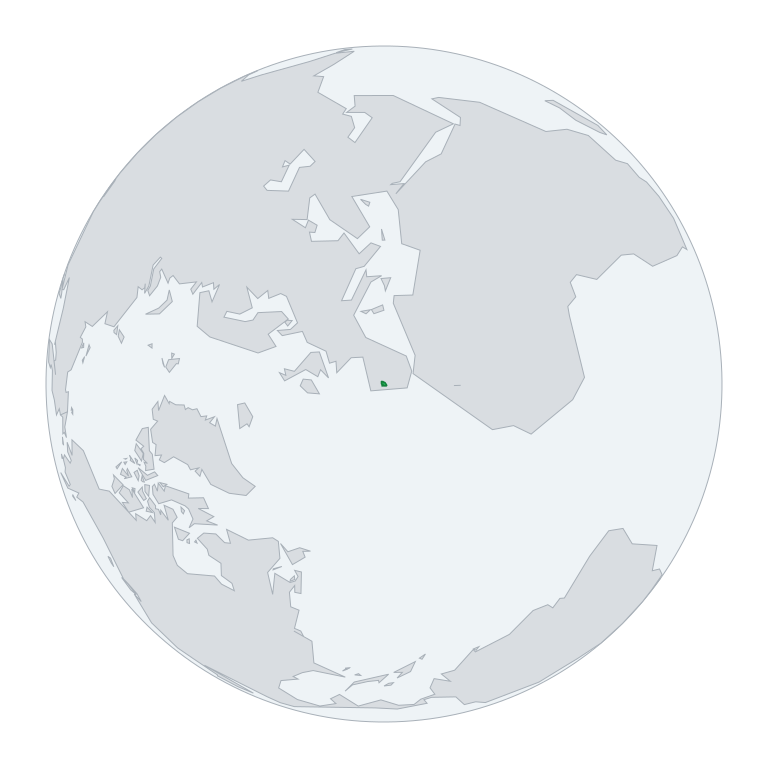 the Earth from above Viseu, rotated 268°
{"feature_id": "PRT-755", "entity_name": "Viseu", "entity_type": "District", "adm_level": 1, "iso_a3": "PRT", "parent_name": "Portugal", "parent_adm1": "", "projection": "orthographic", "projection_center": [-7.901, 40.768], "detail": "fine", "context": "on_globe", "style": "filled", "palette": "green", "viewbox_px": 768, "rotation_deg": 268, "n_neighbors": 0, "source": "natural_earth", "source_scale": "10m", "svg_char_len": 10904}
<svg xmlns="http://www.w3.org/2000/svg" viewBox="0 0 768 768"><g transform="rotate(268 384 384)"><circle cx="384" cy="384" r="338" fill="#eef3f6" stroke="#a8b0b8"/><path d="M117.4,591.7L102.5,567.2L95.2,554.1L80.6,528.3L62.1,474.2L63.2,464.5L60.8,453.1L68.8,444.9L69.2,420.6L67.1,412.9L63.4,415.9L58.7,385.9L60.6,363.9L64.7,283.2L69.1,269.3L75.6,256.2L109.2,194.7L79.6,242.7L86.6,227.5L98.2,207.3L99.1,207.4L116.8,183.0L127.5,168.5L153.4,143.4L182.9,127.0L175.0,133.8L183.0,129.8L193.4,121.3L198.3,116.9L240.0,97.9L276.6,79.1L281.7,73.0L285.7,75.2L291.0,64.4L306.8,57.8L292.9,65.7L294.5,67.0L307.2,62.2L311.6,62.7L320.2,60.9L324.3,62.2L315.9,67.6L318.4,68.8L327.2,65.5L336.9,65.3L323.5,69.8L339.1,70.2L327.9,81.2L288.9,95.7L286.5,105.7L256.4,131.6L263.0,131.3L255.7,142.1L260.6,146.1L253.6,150.5L263.5,150.0L269.0,145.2L275.1,143.6L278.5,145.8L270.2,151.5L267.3,151.3L266.6,154.2L261.0,156.3L265.7,156.5L255.3,163.7L270.5,160.0L266.2,168.7L258.0,172.6L252.6,167.6L220.0,167.2L210.0,171.1L201.3,180.9L198.0,207.9L189.6,214.7L182.6,227.2L190.1,225.1L198.2,214.8L210.5,214.8L218.9,203.0L225.1,201.6L236.3,192.1L241.3,198.7L240.0,210.7L231.0,219.2L230.2,225.0L244.2,221.6L232.7,243.0L234.2,267.4L230.4,272.9L213.4,273.9L199.7,261.1L177.6,265.4L198.6,268.3L188.9,283.2L190.2,288.4L194.6,291.4L200.9,288.2L199.0,294.9L177.5,293.7L178.9,287.6L185.7,287.7L179.2,282.2L164.6,283.0L160.9,291.2L142.9,286.0L140.0,292.2L134.4,294.9L140.3,285.3L129.4,303.0L107.7,304.2L92.4,335.1L100.1,303.2L98.4,292.4L94.9,283.0L92.1,287.8L91.2,270.7L83.9,268.1L71.7,286.4L64.4,308.7L66.3,324.8L71.3,319.6L75.3,328.7L63.0,347.0L68.4,369.9L62.4,387.4L62.7,402.9L67.7,409.7L72.2,424.0L78.7,419.4L87.8,423.8L84.6,439.9L92.2,431.2L95.5,444.6L115.5,463.9L113.1,466.0L129.4,500.6L152.4,525.1L157.7,540.0L154.4,544.9L163.6,552.3L163.8,556.8L204.8,583.6L229.5,603.5L231.3,617.8L215.6,626.5L213.1,651.2L188.0,645.6L189.5,652.9L183.7,655.3L167.5,643.2L180.4,653.7L180.1,653.5L157.4,634.7L136.5,614.1L117.4,591.7ZM87.2,343.9L93.8,378.5L85.6,368.6L88.0,368.2L87.2,357.2L84.4,342.0L78.4,334.4L87.2,343.9ZM100.2,337.2L98.6,332.5L100.8,336.0L100.2,337.2ZM199.8,115.0L193.1,121.2L182.1,129.1L187.1,123.7L199.8,115.0ZM221.4,102.1L219.5,104.6L210.8,107.6L214.6,105.2L221.4,102.1ZM284.4,69.0L278.2,72.0L282.7,69.0L284.4,69.0ZM320.7,60.5L321.0,59.6L325.4,59.2L320.7,60.5ZM232.8,189.2L234.5,190.6L231.5,191.6L232.8,189.2ZM236.1,183.9L231.4,184.1L232.3,181.6L235.1,181.6L236.1,183.9ZM335.6,60.9L342.4,60.8L334.0,61.7L335.6,60.9ZM241.6,184.4L234.4,177.3L236.0,173.1L248.2,169.6L241.6,184.4ZM345.4,61.3L362.1,61.8L364.4,59.6L367.3,66.7L352.2,63.5L341.5,64.8L346.8,62.8L345.4,61.3ZM269.2,142.9L263.6,148.0L265.2,141.9L269.2,142.9ZM268.7,139.4L264.8,124.4L274.8,118.4L274.1,124.4L284.5,115.6L291.4,120.0L287.2,125.8L279.3,128.7L287.9,128.3L268.7,139.4ZM366.3,70.9L369.1,72.1L364.6,71.9L366.3,70.9ZM277.7,142.5L276.0,139.8L284.6,134.3L289.5,138.8L285.1,139.1L277.7,142.5ZM284.0,111.4L291.2,108.5L298.7,111.2L302.5,110.5L292.4,119.7L284.0,111.4ZM284.9,141.4L291.8,141.4L290.8,146.1L279.9,144.9L284.9,141.4ZM284.7,131.1L289.0,128.8L288.2,131.5L284.7,131.1ZM291.3,163.5L289.0,159.8L293.3,156.6L291.3,163.5ZM294.4,141.1L294.7,139.5L296.1,138.0L300.4,139.0L294.4,141.1ZM298.4,121.1L300.0,123.0L302.9,117.5L308.7,119.6L300.8,125.5L306.6,123.9L308.4,124.6L300.1,128.7L298.4,121.1ZM308.9,135.5L301.0,144.4L304.2,151.7L300.4,154.7L296.0,142.5L308.9,135.5ZM304.4,131.1L306.4,134.4L300.8,136.1L296.0,135.0L304.4,131.1ZM315.4,119.2L308.6,114.3L310.5,113.2L315.4,119.2ZM311.0,137.2L312.8,135.0L311.8,137.5L311.0,137.2ZM315.2,124.2L312.6,122.5L314.9,121.3L315.2,124.2ZM318.8,132.3L316.2,135.1L312.9,134.3L318.8,132.3ZM318.1,128.3L321.8,127.1L313.2,132.3L316.5,127.7L318.1,128.3ZM317.8,123.3L318.3,122.1L318.6,124.2L317.8,123.3ZM332.9,134.3L322.9,141.0L315.5,139.0L326.2,132.6L332.9,134.3ZM579.5,108.4L573.9,104.5L588.5,115.3L580.8,110.2L596.0,121.9L598.8,123.4L588.7,115.2L604.2,127.7L623.6,145.7L641.5,165.1L657.8,185.9L672.4,207.9L685.3,231.0L696.3,255.0L696.2,254.6L701.6,268.9L697.7,259.6L691.5,252.0L697.3,272.8L708.8,320.5L716.2,346.5L717.6,365.9L705.2,345.1L694.4,324.6L693.3,334.4L677.8,328.1L660.5,355.9L655.2,352.1L652.6,360.7L641.2,363.6L631.9,356.5L626.3,363.4L650.5,381.5L656.1,374.2L656.7,356.1L662.7,364.8L673.3,364.3L672.0,403.3L641.6,462.4L633.8,444.4L585.6,407.1L584.3,399.5L583.9,398.8L583.0,397.7L583.6,410.9L573.7,402.5L604.6,433.4L612.0,449.2L641.3,464.1L639.7,469.0L647.7,469.7L667.3,441.8L668.5,448.6L662.2,489.4L630.7,554.6L632.2,575.8L625.2,596.9L599.6,623.3L595.7,635.0L581.6,646.3L576.7,653.4L561.9,665.3L539.5,679.2L507.8,691.4L510.6,687.0L502.1,681.2L492.3,656.6L505.3,638.1L504.5,625.6L481.1,600.3L486.6,580.2L479.1,573.7L464.4,578.7L455.1,570.4L445.7,571.7L383.6,584.6L361.7,572.0L328.8,529.3L337.9,512.0L334.6,490.8L393.4,413.4L411.6,416.1L464.4,396.1L472.0,397.2L471.9,415.9L516.4,424.8L523.6,406.6L557.8,404.3L576.7,393.6L572.5,358.4L541.6,375.2L530.2,362.5L550.1,335.6L576.2,321.7L572.6,316.3L551.0,312.9L551.8,298.1L542.9,310.9L550.4,314.2L545.0,322.7L537.8,320.2L538.4,314.8L529.1,316.5L528.8,343.0L536.3,349.3L515.0,363.7L525.5,375.9L521.6,385.3L502.3,368.3L500.2,359.9L468.7,344.5L469.0,354.4L498.7,370.0L491.8,370.5L492.3,385.4L486.4,374.5L453.8,356.1L431.1,367.4L411.2,407.2L396.0,412.2L379.3,407.0L377.6,370.6L411.6,363.8L411.4,352.1L396.9,337.2L408.4,336.8L406.7,330.3L418.8,327.2L428.3,308.7L439.4,304.3L435.9,284.0L441.2,279.3L441.8,292.4L448.1,299.7L475.0,289.6L478.0,283.9L473.6,271.8L481.5,271.1L473.8,260.8L485.6,250.3L464.7,255.0L458.9,242.3L462.1,229.5L456.4,226.4L451.2,247.5L452.5,255.3L459.7,260.5L460.0,284.2L452.3,290.6L437.8,270.0L425.3,277.4L419.4,259.2L437.1,211.6L448.2,199.3L481.7,203.2L483.3,212.2L472.1,215.0L489.2,223.1L484.6,217.3L491.2,217.1L487.3,206.0L491.8,205.4L480.4,196.1L485.5,194.2L492.6,200.1L491.2,183.1L499.8,177.0L497.3,173.6L492.3,171.7L506.6,165.9L504.1,163.7L498.5,164.6L489.9,161.0L480.4,152.8L485.8,151.2L490.0,153.9L507.0,157.9L517.3,166.3L518.6,164.9L510.9,157.4L490.2,152.4L482.9,147.9L492.6,148.9L488.5,148.2L486.6,145.5L489.8,141.7L479.1,140.1L450.6,116.1L454.0,107.2L465.9,110.2L451.7,94.5L456.7,87.4L451.5,88.0L441.2,82.1L439.5,84.1L436.3,84.1L409.1,71.8L407.0,68.3L389.4,65.5L386.7,66.0L387.3,68.3L367.3,66.7L364.4,59.6L370.6,58.6L364.5,55.6L379.6,54.0L389.2,52.0L409.2,53.1L415.1,52.0L412.0,51.1L417.7,49.6L440.1,51.2L435.6,53.8L404.7,56.1L418.5,55.0L419.4,56.7L426.9,57.5L436.3,57.1L434.8,56.1L470.7,66.1L501.4,73.3L489.4,67.2L489.7,65.5L514.1,72.4L566.3,99.5L579.5,108.4ZM380.0,453.8L380.0,460.6L380.0,453.8ZM608.8,322.9L621.3,312.3L607.1,297.9L610.7,292.9L604.5,290.1L606.0,296.9L589.7,288.5L591.9,277.7L586.0,270.6L581.6,273.9L580.1,295.3L603.4,307.1L604.2,317.8L608.8,322.9ZM116.2,464.3L118.2,469.7L114.7,466.7L116.2,464.3ZM82.2,373.5L84.7,378.3L85.2,383.0L82.8,380.5L82.2,373.5ZM108.8,409.8L112.7,416.0L107.6,412.4L108.8,409.8ZM95.4,383.6L105.5,405.6L95.7,400.5L89.7,386.8L95.2,392.3L95.4,383.6ZM94.3,344.5L95.4,348.5L93.5,350.6L94.3,344.5ZM101.7,339.8L100.9,339.0L101.4,335.2L101.7,339.8ZM190.2,283.3L191.9,283.6L195.4,287.7L191.7,288.0L190.2,283.3ZM223.3,294.0L219.5,304.7L219.6,297.0L213.7,299.1L206.7,286.2L228.2,275.0L219.7,282.1L223.3,294.0ZM203.2,266.9L205.2,275.6L202.1,266.6L203.2,266.9ZM385.1,300.2L391.7,303.4L390.6,311.5L376.4,319.1L377.8,307.3L385.1,300.2ZM401.2,306.3L390.6,284.8L399.0,279.9L396.1,286.2L402.7,285.0L399.8,294.9L418.1,312.0L418.3,320.5L392.0,328.8L400.5,321.1L393.6,318.1L401.2,306.3ZM349.0,245.7L344.5,238.3L368.5,236.9L369.9,244.2L355.9,251.7L346.0,247.7L349.0,245.7ZM264.4,180.3L261.2,178.9L263.5,177.1L268.1,176.8L264.4,180.3ZM289.9,162.0L281.0,185.1L276.8,184.5L276.6,199.7L265.6,204.2L266.1,194.0L257.4,209.3L253.4,202.0L248.8,212.8L251.0,189.6L247.1,184.2L255.7,188.4L266.0,184.3L269.2,180.9L275.6,167.6L272.2,154.7L281.8,149.3L289.6,148.9L291.8,151.1L284.8,153.8L292.9,154.9L284.6,160.6L289.9,162.0ZM374.4,157.4L365.3,157.8L380.2,164.3L371.9,168.6L374.1,169.1L370.5,175.1L370.0,183.5L365.4,184.6L367.2,187.4L364.9,191.7L365.8,196.2L357.8,199.9L358.3,205.7L354.2,204.2L357.2,213.4L351.4,208.4L347.8,214.0L355.3,215.9L309.8,229.0L295.2,239.7L286.2,251.7L277.4,242.3L280.2,225.5L289.7,207.4L305.0,199.0L298.2,196.8L303.5,192.2L306.6,195.9L305.0,187.6L310.3,185.0L318.6,171.2L313.1,161.7L316.0,156.8L320.8,159.2L320.4,152.7L331.4,154.1L333.7,150.7L346.9,149.2L354.8,156.5L356.8,152.2L366.9,151.4L374.4,157.4ZM336.6,134.1L347.9,140.9L348.9,146.9L325.5,147.2L321.9,150.0L306.9,151.2L305.8,142.7L310.2,143.1L314.2,141.5L312.9,144.8L316.9,141.0L323.1,141.5L327.8,138.9L330.2,141.7L336.6,134.1ZM477.0,388.6L482.2,387.9L489.5,384.7L490.0,394.4L477.0,388.6ZM454.6,376.4L458.8,374.0L463.1,385.4L457.7,386.5L454.6,376.4ZM457.4,363.5L458.7,373.0L454.8,368.5L457.4,363.5ZM445.3,289.8L449.3,287.0L451.1,289.5L450.6,294.4L445.3,289.8ZM416.6,180.5L411.3,179.1L411.6,177.2L403.1,169.9L408.6,166.5L415.8,169.6L416.6,180.5ZM569.4,367.0L566.1,376.2L562.3,374.8L564.2,371.9L569.4,367.0ZM527.8,387.3L539.0,386.9L527.8,389.9L527.8,387.3ZM421.2,175.6L417.0,172.8L422.3,172.9L421.2,175.6ZM412.1,163.8L417.7,163.0L408.3,165.3L412.1,163.8ZM661.6,562.9L635.0,606.7L625.2,615.4L627.9,608.4L640.9,584.9L653.8,569.1L661.5,554.6L661.6,562.9ZM716.8,347.7L719.7,356.9L719.9,364.1L716.8,347.7ZM462.1,148.1L467.7,161.5L475.4,170.1L485.5,172.7L473.8,175.3L461.9,162.0L462.1,148.1ZM451.5,120.0L442.7,118.5L444.8,116.0L447.1,115.9L451.5,120.0ZM447.4,121.4L440.0,125.9L433.9,123.0L441.0,120.0L447.4,121.4ZM431.0,149.6L432.3,153.6L428.0,153.4L431.0,149.6ZM505.0,68.5L502.8,67.7L500.6,66.8L505.0,68.5ZM496.1,65.2L500.3,66.9L486.2,65.1L480.8,64.0L486.2,62.4L490.6,64.0L495.8,65.4L496.1,65.2ZM371.4,70.9L369.3,72.0L368.7,70.5L371.4,70.9ZM435.6,85.4L431.0,85.1L430.6,83.0L435.6,85.4ZM418.2,83.3L421.9,85.8L415.7,83.8L418.2,83.3ZM430.6,91.6L422.3,87.1L433.5,90.6L430.6,91.6Z" fill="#d9dde1" stroke="#a8b0b8" stroke-width="1"/><path d="M385.3,381.6L385.6,381.6L386.1,381.4L386.3,381.6L386.6,381.7L386.6,382.1L386.5,382.4L386.5,382.5L386.4,382.5L386.5,382.7L386.5,382.8L386.5,383.0L386.4,383.1L386.2,383.1L386.2,383.3L386.1,383.6L385.9,383.6L385.7,383.4L385.4,383.4L385.4,383.5L385.3,383.8L385.4,384.0L385.5,384.1L385.4,384.2L385.4,384.3L385.5,384.4L385.6,384.5L385.4,385.0L385.1,385.2L385.0,385.3L384.8,385.4L384.7,385.4L384.6,385.5L384.4,385.5L384.2,385.6L384.0,385.8L383.9,386.0L383.6,386.2L383.4,386.3L383.0,386.5L382.8,386.5L382.6,386.5L382.4,386.6L382.2,386.4L382.0,386.1L382.1,385.9L382.1,385.7L382.4,385.5L382.4,385.4L382.3,385.2L382.2,385.1L382.3,385.0L382.4,384.9L382.2,384.7L382.2,384.4L382.1,384.2L382.3,384.1L382.4,383.8L382.5,383.7L382.4,383.5L382.6,383.5L382.8,383.4L382.9,383.5L383.0,383.5L383.1,383.4L383.0,383.1L383.0,382.9L383.2,382.7L382.9,382.7L382.6,382.6L382.6,382.4L382.3,382.1L382.6,382.0L383.2,382.0L383.3,382.0L383.8,381.8L384.0,381.7L384.3,381.5L384.5,381.7L384.8,381.7L385.0,381.6L385.3,381.6Z" fill="#22c55e" stroke="#15803d" stroke-width="1.5"/></g></svg>